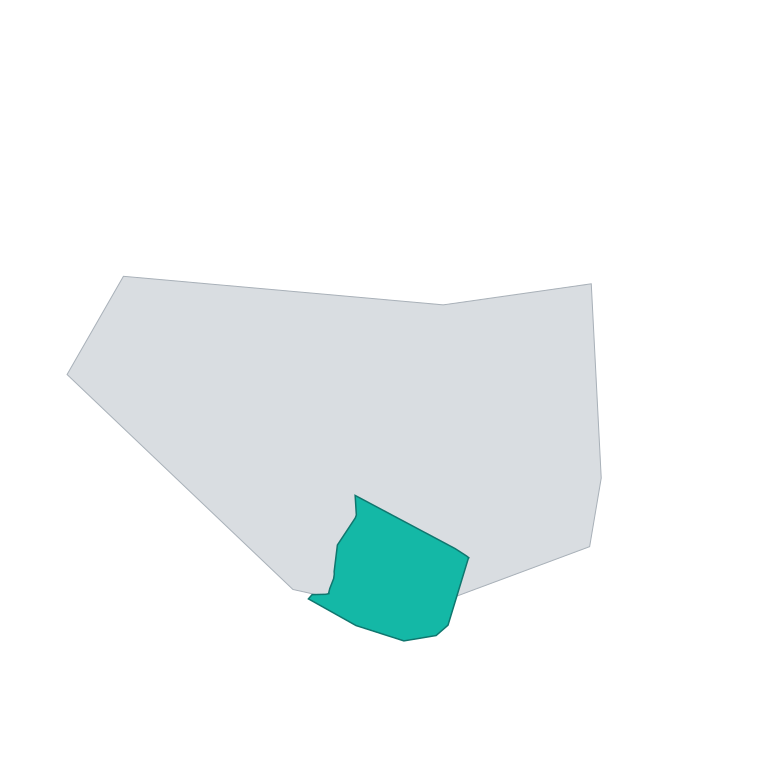 location of Saint Michael within Barbados, rotated 315°
{"feature_id": "BRB-1996", "entity_name": "Saint Michael", "entity_type": "Parish", "adm_level": 1, "iso_a3": "BRB", "parent_name": "Barbados", "parent_adm1": "", "projection": "orthographic", "projection_center": [-59.609, 13.123], "detail": "fine", "context": "in_parent", "style": "filled", "palette": "teal", "viewbox_px": 768, "rotation_deg": 315, "n_neighbors": 0, "source": "natural_earth", "source_scale": "10m", "svg_char_len": 605}
<svg xmlns="http://www.w3.org/2000/svg" viewBox="0 0 768 768"><g transform="rotate(315 384 384)"><path d="M471.1,604.1L414.4,644.4L236.7,563.1L174.3,464.9L166.6,153.2L275.9,123.6L481.8,369.9L601.4,459.7L471.1,604.1Z" fill="#d9dde1" stroke="#a8b0b8" stroke-width="1"/><path d="M258.7,599.8L243.0,598.7L216.4,579.7L193.4,535.0L178.6,482.5L184.2,482.1L194.3,491.7L196.8,493.2L196.9,492.8L201.0,490.3L210.8,486.0L214.4,483.3L216.1,481.4L237.2,464.9L269.0,458.4L271.8,457.1L284.8,442.4L317.9,550.7L320.8,564.2L321.1,566.9L320.2,567.0L258.7,599.8Z" fill="#14b8a6" stroke="#0f766e" stroke-width="1.5"/></g></svg>